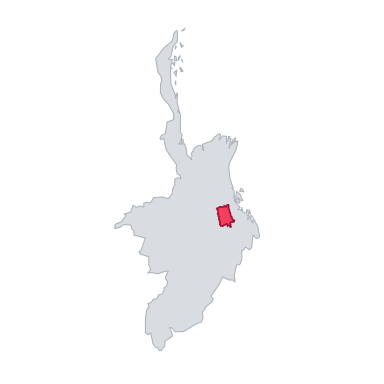 Minbu, Magway, Myanmar (highlighted), rotated 187°
{"feature_id": "60261553B50567728635340", "entity_name": "Minbu", "entity_type": "district", "adm_level": 2, "iso_a3": "MMR", "parent_name": "Myanmar", "parent_adm1": "Magway", "projection": "orthographic", "projection_center": [94.405, 20.347], "detail": "fine", "context": "in_parent", "style": "filled", "palette": "rose", "viewbox_px": 384, "rotation_deg": 187, "n_neighbors": 0, "source": "geoboundaries", "source_scale": "gbopen_adm2", "svg_char_len": 7452}
<svg xmlns="http://www.w3.org/2000/svg" viewBox="0 0 384 384"><g transform="rotate(187 192 192)"><path d="M248.8,171.7L245.0,169.9L242.2,171.8L238.0,171.2L238.5,174.9L236.2,176.2L231.9,176.0L229.4,181.8L220.6,183.4L214.7,182.5L211.6,187.6L211.5,193.4L209.9,196.9L210.7,202.8L206.9,204.5L204.6,204.2L205.9,206.9L208.9,208.1L210.8,214.2L210.3,216.6L222.7,230.6L226.6,241.7L229.5,240.1L230.4,241.3L229.3,244.3L225.6,246.6L225.2,258.5L219.2,261.5L219.4,265.4L220.2,268.2L225.8,275.9L232.0,281.1L235.5,286.8L236.4,295.2L235.5,298.7L237.3,303.6L240.5,306.9L244.3,320.0L237.3,331.8L230.0,339.6L229.2,347.7L226.8,350.5L225.7,348.0L225.0,339.5L228.5,334.1L229.5,323.7L231.7,321.4L230.5,320.4L227.7,321.2L228.5,312.8L226.9,312.5L228.2,310.6L226.2,296.7L220.5,286.9L219.7,282.7L218.9,288.4L218.2,287.3L217.9,279.6L214.6,271.1L214.9,270.4L216.4,271.1L215.0,269.2L213.9,269.7L212.9,267.6L210.9,250.0L208.8,247.5L209.5,239.9L211.0,238.0L205.2,238.9L202.3,232.5L202.1,229.0L196.2,223.7L197.2,225.4L196.3,227.2L197.3,230.2L194.9,235.8L192.6,238.3L189.4,239.4L186.9,237.9L186.3,234.9L185.3,234.9L187.6,240.5L178.3,245.4L176.9,248.7L172.1,253.2L170.6,252.6L171.3,246.7L168.5,251.4L164.6,251.5L163.8,245.2L162.2,248.9L159.9,250.0L160.6,239.5L159.9,242.6L156.2,246.8L152.6,248.1L153.4,239.4L158.2,225.7L158.6,221.1L156.0,210.1L151.7,200.9L153.0,200.7L150.1,198.1L149.7,191.2L148.0,193.7L147.8,198.0L144.1,195.7L140.6,189.8L142.0,189.2L146.1,192.1L148.3,190.5L148.9,188.5L142.6,182.7L144.2,180.3L142.1,180.4L136.7,177.5L135.2,178.0L135.8,180.5L134.7,181.2L132.6,177.4L134.2,175.6L132.9,175.5L133.8,172.2L133.2,171.7L130.7,176.1L129.2,175.0L130.9,172.8L130.2,171.5L127.9,168.9L128.1,173.5L122.6,166.1L119.5,156.1L122.0,153.5L126.3,156.5L126.0,144.2L127.9,141.6L132.3,143.8L133.6,140.7L135.4,139.9L134.3,131.4L135.7,126.0L138.7,125.1L139.4,120.7L139.8,114.7L138.4,108.0L141.1,109.7L144.1,109.1L151.2,111.4L153.8,103.6L160.4,91.0L157.9,88.1L158.3,86.3L164.1,79.7L167.0,73.8L165.7,68.5L166.9,64.1L172.1,61.4L183.2,52.5L191.6,51.2L195.1,54.6L197.4,54.9L193.7,46.8L200.6,40.6L200.3,35.8L203.5,30.7L205.4,30.8L207.1,33.3L208.9,33.2L212.3,36.8L215.7,47.0L218.0,45.1L221.1,46.5L222.9,61.5L222.4,70.4L220.6,72.4L222.1,76.0L219.2,77.4L217.2,80.9L214.3,81.3L212.3,86.2L209.3,86.9L207.8,90.7L208.2,93.6L205.8,95.3L205.1,100.2L207.3,102.1L208.0,104.7L205.9,110.3L207.8,110.5L216.1,106.6L222.0,107.2L225.9,106.2L223.5,110.0L226.1,114.8L226.9,122.3L235.8,124.2L237.3,126.0L235.4,128.4L232.7,140.7L244.4,142.0L245.0,146.7L247.5,148.3L248.0,150.9L249.6,151.7L255.8,151.3L259.4,148.0L264.1,146.4L264.5,149.1L263.5,151.1L258.4,154.0L255.1,159.7L254.9,160.9L256.6,161.9L250.6,164.4L248.8,171.7ZM144.3,186.5L148.1,188.8L147.3,190.4L144.9,190.5L143.1,187.6L144.3,186.5ZM221.9,305.1L224.5,308.6L222.0,311.0L221.9,305.1ZM143.8,201.7L141.8,200.4L140.5,198.5L144.7,198.5L143.8,201.7ZM225.7,320.1L225.9,324.7L224.3,324.2L223.2,320.4L225.7,320.1ZM158.3,248.1L155.7,251.0L155.3,248.5L158.9,244.8L158.3,248.1ZM208.6,243.5L207.0,242.6L206.7,239.9L207.9,239.1L208.9,240.4L208.6,243.5ZM220.7,325.8L220.3,324.3L221.9,320.5L221.7,323.8L220.7,325.8ZM219.9,334.4L222.0,337.8L221.7,338.5L219.7,335.8L218.4,336.0L219.9,334.4ZM227.1,317.4L224.9,318.5L224.7,315.3L227.1,317.4ZM222.2,350.3L219.2,353.3L219.6,351.7L222.2,350.3ZM132.0,177.9L133.0,181.7L131.2,177.2L132.0,177.9ZM221.9,297.8L221.8,300.7L221.0,296.1L221.9,297.8ZM140.6,180.6L141.0,183.0L139.4,179.6L140.6,180.6ZM219.1,314.3L217.4,312.9L217.9,311.9L218.8,312.1L219.1,314.3ZM217.8,310.2L216.8,312.1L215.7,311.0L216.5,310.1L217.8,310.2ZM218.2,321.5L218.3,323.1L217.0,319.3L218.2,321.5ZM162.3,251.5L161.1,251.5L162.7,249.5L162.8,250.3L162.3,251.5ZM226.2,334.6L225.1,334.3L226.0,332.4L226.2,334.6Z" fill="#d9dde1" stroke="#a8b0b8" stroke-width="1"/><path d="M147.0,167.5L146.7,167.5L146.5,167.8L146.5,168.0L146.7,168.4L146.6,168.6L146.5,169.1L146.8,169.1L147.2,169.2L147.7,168.9L147.8,169.0L148.0,169.1L148.0,169.4L148.0,169.6L148.5,169.7L148.5,169.8L148.8,170.1L148.8,170.3L148.7,170.4L148.8,170.5L149.0,170.7L149.0,171.0L149.1,171.4L149.3,171.6L149.4,171.8L149.6,171.9L149.7,172.0L149.8,172.2L149.7,172.3L149.9,172.4L150.3,172.3L150.2,172.5L150.3,172.6L150.3,173.0L150.5,173.4L150.7,173.6L151.0,173.9L151.1,174.0L151.2,174.6L151.2,174.9L151.1,175.0L151.3,175.2L151.2,175.3L151.4,175.5L151.5,175.6L151.6,175.8L151.8,175.9L151.7,176.0L151.7,176.5L151.8,176.6L152.1,176.8L152.3,176.8L152.4,177.0L152.5,177.5L152.3,177.7L152.4,177.9L152.5,178.0L152.7,178.3L152.7,178.5L152.8,179.0L153.0,179.2L153.2,179.5L153.4,180.0L153.6,180.1L153.8,180.1L153.8,180.3L153.9,180.6L154.0,180.9L153.9,181.1L154.1,181.3L154.1,181.5L153.9,181.6L153.7,181.7L153.6,181.8L153.7,182.1L153.7,182.3L153.7,182.5L153.8,182.6L153.9,182.8L153.9,183.0L154.0,183.1L154.1,183.3L154.2,183.6L154.3,183.6L154.4,183.8L154.5,183.8L154.7,183.7L154.8,183.5L155.1,183.5L155.3,183.3L155.5,183.3L155.5,183.2L155.7,182.8L156.0,182.8L155.9,182.5L156.0,182.4L156.0,182.2L156.1,181.9L156.2,182.0L156.3,182.0L156.5,182.0L157.0,181.9L157.0,181.7L157.2,181.8L157.3,181.7L157.5,181.8L157.5,181.7L157.6,181.8L157.8,181.9L158.1,181.9L158.2,182.0L158.2,181.9L158.4,181.9L158.6,181.7L158.8,181.4L159.2,181.1L159.5,181.0L159.5,180.9L159.5,180.7L159.8,180.5L160.0,180.6L160.2,180.8L160.3,180.9L160.4,181.0L160.8,180.9L161.0,180.8L161.4,180.8L161.4,180.6L161.5,180.5L161.9,180.5L162.1,180.7L162.1,180.8L162.3,180.8L162.5,180.8L162.6,180.7L162.7,180.4L162.7,180.2L163.0,180.2L163.1,179.9L163.3,179.7L163.4,179.8L163.5,179.8L163.7,179.7L163.9,179.4L164.0,179.2L164.3,179.1L164.5,179.2L164.8,179.1L165.0,179.1L165.2,178.9L165.4,178.8L165.2,178.6L165.1,178.3L165.1,178.1L165.0,177.8L165.0,177.6L164.9,177.4L164.7,177.1L164.0,176.8L163.6,176.3L163.6,176.1L163.6,175.4L163.7,175.2L163.9,174.8L163.9,174.6L163.8,174.4L163.5,174.0L163.5,173.9L163.6,173.7L163.8,174.0L163.9,173.9L164.0,173.6L163.9,173.5L163.9,173.3L163.5,173.0L163.4,172.9L163.2,172.9L162.8,172.4L163.1,172.0L163.1,171.6L162.9,171.1L162.7,170.9L162.2,170.8L161.8,170.6L161.7,170.4L161.7,169.9L161.8,169.5L162.0,169.6L162.2,169.2L162.2,168.8L161.8,167.7L161.5,167.4L161.2,167.2L161.4,167.1L161.2,166.8L161.1,166.7L160.9,166.4L160.9,165.6L160.6,165.5L160.5,165.4L160.4,165.3L160.1,164.9L160.2,164.7L160.3,164.5L160.6,164.5L160.5,164.1L160.2,163.5L160.2,163.4L160.3,163.4L160.5,163.2L160.4,162.9L160.2,162.8L159.9,162.6L159.6,162.5L159.5,162.4L159.3,162.3L159.3,162.2L159.2,162.0L159.2,161.8L159.2,161.7L158.9,161.7L158.7,161.7L158.4,161.8L158.1,161.9L157.7,161.8L157.2,161.8L157.2,162.0L157.1,162.3L156.8,162.5L156.6,162.8L156.5,163.0L156.2,163.0L155.9,163.0L155.7,163.2L155.2,163.3L155.2,163.7L155.0,163.8L154.8,163.8L154.5,163.7L154.3,163.7L154.2,163.7L154.1,163.8L153.9,164.1L154.0,164.5L153.8,164.5L153.7,164.4L153.5,164.5L153.4,164.3L153.1,164.4L152.9,164.1L152.9,163.8L152.9,163.5L152.8,163.3L152.7,162.9L152.6,163.1L152.4,163.3L151.9,163.2L151.6,163.0L151.4,163.0L151.1,163.1L150.6,163.2L150.4,162.7L150.2,162.3L149.8,162.5L149.7,162.3L149.7,162.2L149.5,161.8L149.3,161.8L149.1,162.1L149.2,162.4L149.3,162.6L149.2,162.7L149.3,162.8L149.5,163.1L149.4,163.2L149.5,163.4L149.8,163.6L149.9,163.9L150.1,163.9L149.8,164.1L149.6,164.4L149.7,164.7L149.8,165.0L150.3,165.5L150.4,165.8L150.0,166.5L149.7,166.8L149.4,166.8L149.2,166.8L148.9,166.9L148.8,167.0L148.7,167.0L148.8,167.1L148.7,167.1L148.4,167.2L148.3,167.3L148.2,167.4L147.9,167.4L147.9,167.5L147.7,167.7L147.4,167.5L147.1,167.6L147.0,167.5Z" fill="#f43f5e" stroke="#9f1239" stroke-width="1.5"/></g></svg>